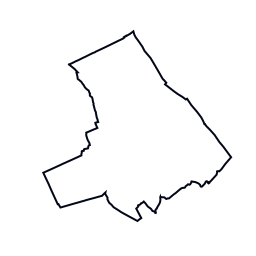 the district of Prundu, Giurgiu, Romania, rotated 256°
{"feature_id": "2599482B89662234668465", "entity_name": "Prundu", "entity_type": "district", "adm_level": 2, "iso_a3": "ROU", "parent_name": "Romania", "parent_adm1": "Giurgiu", "projection": "mercator", "projection_center": [26.231, 44.069], "detail": "fine", "context": "isolated", "style": "outline", "palette": "ink", "viewbox_px": 256, "rotation_deg": 256, "n_neighbors": 0, "source": "geoboundaries", "source_scale": "gbopen_adm2", "svg_char_len": 5381}
<svg xmlns="http://www.w3.org/2000/svg" viewBox="0 0 256 256"><g transform="rotate(256 128 128)"><path d="M74.7,221.0L76.5,220.2L86.7,216.0L92.2,213.3L100.4,210.3L106.8,206.9L110.8,204.5L112.3,203.9L113.3,203.6L113.3,203.1L116.1,202.7L117.1,202.5L120.4,201.7L126.8,199.0L134.8,195.0L141.0,192.8L142.1,192.4L141.7,191.0L142.2,190.6L144.9,188.4L148.9,184.5L152.8,181.2L155.0,179.5L161.4,174.5L162.6,176.1L166.2,174.3L166.3,174.1L167.7,173.4L176.3,171.0L185.5,168.3L190.4,166.8L190.7,166.7L198.7,162.7L203.5,161.6L211.1,158.7L211.8,158.4L213.6,157.6L215.4,157.1L217.1,156.7L220.5,156.6L219.0,153.1L217.7,148.8L218.0,148.7L217.2,146.2L216.8,146.4L216.6,146.4L216.5,146.1L216.0,144.7L215.9,144.6L215.8,144.4L215.8,143.9L215.4,142.1L214.9,139.5L213.8,134.4L212.7,129.3L211.6,124.0L209.8,114.8L209.5,114.3L209.4,113.6L209.3,112.3L208.6,108.9L207.5,104.1L206.8,100.5L205.9,96.6L205.4,93.6L204.7,90.5L204.4,89.2L203.9,86.4L204.0,86.3L203.8,86.1L203.4,86.5L198.1,90.5L194.1,92.7L194.2,91.5L194.2,91.4L191.0,91.4L190.4,91.4L189.0,91.3L188.7,91.2L188.2,91.1L187.9,91.1L187.5,91.3L187.3,91.4L186.7,92.0L186.2,92.4L185.8,92.6L185.0,93.2L184.4,93.7L183.7,94.0L183.1,94.2L182.0,94.6L181.3,94.9L180.3,95.4L180.0,95.5L179.7,95.6L179.4,95.6L178.3,95.9L178.0,96.0L177.1,96.5L176.7,96.7L175.2,97.7L175.0,97.8L174.4,98.4L174.0,98.8L173.8,98.9L173.0,99.0L172.3,99.0L171.1,99.2L170.7,99.5L170.4,99.3L169.6,99.0L169.4,99.0L169.2,98.9L168.9,98.9L168.4,99.0L167.9,99.1L167.6,99.5L167.2,100.1L166.6,100.4L166.3,100.5L166.1,100.5L165.8,100.6L165.1,100.6L164.8,100.6L163.2,100.5L162.4,100.4L161.9,100.4L161.5,100.4L161.2,100.4L160.3,100.5L159.8,100.5L159.6,100.4L159.3,100.3L159.1,100.2L158.8,100.1L158.6,100.1L158.3,100.1L157.6,100.2L157.2,100.2L156.5,100.2L156.2,100.2L155.4,100.2L154.7,100.2L154.4,100.2L154.0,100.2L153.6,100.2L152.6,100.3L152.2,100.4L151.9,100.5L151.6,100.6L151.1,100.6L150.8,100.6L150.4,100.5L150.2,100.4L149.9,100.4L149.4,100.5L148.8,100.4L148.1,100.3L146.7,100.3L146.0,100.2L145.6,100.2L144.6,100.4L144.2,100.4L143.9,100.4L143.2,100.5L142.8,100.5L142.5,100.4L142.2,100.3L141.8,100.4L141.5,100.5L141.3,100.5L141.0,100.5L141.0,97.6L140.9,97.6L139.7,97.5L139.0,97.6L138.9,97.7L136.2,98.1L135.8,98.2L135.5,98.3L135.3,97.5L134.8,94.0L134.7,93.3L134.1,89.9L133.9,88.5L133.6,86.4L133.0,86.4L132.7,86.2L131.8,85.9L130.9,85.7L130.4,85.7L129.4,85.8L128.7,85.8L127.1,85.9L126.8,85.9L126.4,86.0L125.4,86.2L123.2,86.8L122.8,86.9L122.1,86.9L121.5,86.9L120.7,86.9L120.6,85.9L120.5,85.7L120.4,85.6L120.1,85.3L118.9,84.7L118.3,84.5L118.1,84.4L117.9,84.2L118.1,80.4L117.6,80.0L116.6,79.6L116.6,78.8L116.8,78.3L116.8,77.8L116.6,77.5L116.3,77.4L115.2,77.2L114.1,76.5L112.7,76.2L111.2,68.3L111.2,67.9L111.0,67.2L109.0,56.0L108.7,54.6L106.8,44.5L106.6,43.5L105.1,35.0L100.3,35.9L93.0,37.4L90.5,37.8L88.1,38.2L82.1,39.3L76.7,40.3L71.0,41.4L71.0,42.1L69.3,42.6L67.2,43.2L67.2,43.9L67.7,57.4L67.8,61.8L67.9,63.9L68.0,67.2L68.0,67.8L68.1,69.4L68.2,72.6L68.3,78.6L68.4,81.8L68.5,86.4L69.8,88.5L70.3,89.4L70.8,90.3L70.9,90.5L70.1,90.1L69.8,90.1L69.5,90.1L69.1,90.1L68.0,90.4L66.0,91.1L65.6,91.2L65.4,91.2L65.1,91.2L64.2,90.9L63.9,90.9L63.7,90.8L63.3,90.9L60.2,91.6L59.9,91.7L58.4,92.8L57.2,93.6L55.5,94.4L55.0,94.7L54.6,94.9L53.2,96.2L52.7,96.7L52.2,97.2L49.2,100.0L48.7,100.4L47.0,102.1L44.6,104.7L43.4,106.0L38.1,111.8L37.2,112.8L35.5,114.6L36.2,116.1L37.4,119.1L40.9,118.2L47.8,116.5L49.4,119.0L49.7,119.1L50.1,119.1L50.5,119.1L50.7,120.7L50.9,121.3L51.3,122.1L51.7,122.3L51.8,122.6L51.8,122.8L52.0,123.9L52.1,124.2L52.3,124.6L52.8,125.5L51.9,125.9L51.8,126.1L50.5,126.8L48.1,127.7L46.6,128.5L45.2,129.8L44.7,130.1L44.6,130.3L43.7,130.9L43.4,131.0L43.0,131.1L42.6,131.3L42.0,131.5L41.7,131.6L41.4,131.9L41.2,132.4L41.0,132.7L40.8,133.0L40.6,133.2L40.2,133.5L39.7,133.7L39.1,133.8L38.8,134.3L39.1,134.5L39.5,134.5L40.5,134.6L40.9,134.6L41.4,134.7L41.8,134.9L42.0,135.1L42.3,135.5L42.6,135.8L42.7,136.1L42.9,136.5L43.0,136.5L43.3,136.6L45.3,138.5L46.0,139.3L46.8,140.0L48.2,141.1L49.3,141.6L50.1,141.9L50.7,142.1L51.5,142.3L52.6,142.4L53.0,142.5L53.3,142.7L53.1,142.7L52.9,143.6L52.7,144.2L52.5,144.6L52.0,146.3L51.9,146.5L50.4,147.5L50.1,147.9L50.0,148.2L49.9,148.2L49.9,148.5L50.1,149.1L49.8,150.8L52.6,156.5L52.7,156.8L53.3,158.4L56.1,164.0L56.1,164.3L56.4,164.8L56.5,164.9L56.6,165.5L56.6,165.9L56.7,166.4L56.6,167.2L56.4,167.8L56.4,168.1L56.4,168.4L56.4,168.6L56.5,168.8L56.6,169.0L56.9,169.3L57.4,169.7L57.5,169.8L57.6,170.0L58.0,171.1L58.5,171.9L58.5,172.1L58.8,172.4L58.8,172.7L58.7,173.0L58.4,173.4L58.3,173.6L58.1,173.9L58.1,174.0L58.3,174.7L60.0,176.4L60.4,176.4L60.6,176.5L60.8,176.7L60.7,177.0L60.6,177.3L60.4,177.5L60.2,177.9L59.8,179.0L59.6,179.5L58.9,180.8L58.5,181.2L57.7,182.4L57.1,183.0L55.9,183.9L55.7,184.0L55.4,184.2L55.1,184.2L54.2,184.3L53.9,184.4L53.7,184.4L53.5,184.6L53.4,184.7L53.4,184.8L53.3,185.0L53.4,185.9L53.4,186.0L53.5,186.1L54.4,187.4L54.8,188.1L55.3,188.9L55.4,189.0L55.8,189.4L56.0,189.6L56.9,190.3L57.1,190.5L57.2,190.9L57.3,191.1L57.3,191.3L57.2,191.6L57.1,191.8L56.9,191.9L56.8,192.0L56.7,192.1L55.9,192.2L55.4,192.4L55.1,192.5L54.9,192.7L55.0,192.8L54.9,193.1L54.9,193.3L55.0,193.5L55.4,193.5L55.6,193.5L55.8,193.5L56.0,193.7L56.0,193.9L56.0,194.1L55.9,194.3L55.9,194.6L61.3,202.7L62.0,203.0L63.2,203.7L63.5,203.8L64.0,203.8L64.3,203.9L64.5,204.1L64.3,205.0L64.1,205.9L63.9,206.2L65.4,208.7L69.5,213.6L74.7,221.0Z" fill="none" stroke="#020617" stroke-width="2"/></g></svg>